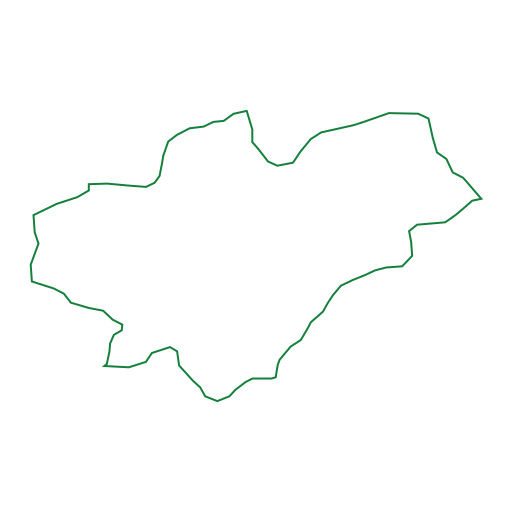 outline of Tierp, Uppsala, Sweden
{"feature_id": "70781695B92369389474001", "entity_name": "Tierp", "entity_type": "district", "adm_level": 2, "iso_a3": "SWE", "parent_name": "Sweden", "parent_adm1": "Uppsala", "projection": "equal_earth", "projection_center": [17.629, 60.367], "detail": "fine", "context": "isolated", "style": "outline", "palette": "green", "viewbox_px": 512, "rotation_deg": 0, "n_neighbors": 0, "source": "geoboundaries", "source_scale": "gbopen_adm2", "svg_char_len": 1301}
<svg xmlns="http://www.w3.org/2000/svg" viewBox="0 0 512 512"><path d="M31.9,281.5L53.6,288.4L63.9,293.7L70.9,302.7L88.9,308.0L103.1,310.7L112.7,319.7L122.3,324.6L121.7,330.3L113.9,334.8L110.1,343.5L109.4,351.9L106.8,364.0L104.4,366.0L128.8,367.3L145.9,361.9L151.9,353.0L170.0,347.1L177.1,351.3L179.1,365.5L186.1,373.2L193.1,380.9L200.2,387.4L205.2,396.3L217.3,401.1L229.4,396.3L235.4,389.8L245.5,382.1L252.5,378.5L271.6,378.5L275.7,377.3L276.6,371.7L277.7,364.9L279.7,359.6L290.7,346.5L300.8,340.0L307.8,328.2L310.8,322.3L322.9,311.7L327.9,302.8L332.9,295.2L340.9,285.7L353.0,279.9L365.0,275.1L375.0,270.4L386.1,267.5L402.2,266.3L412.2,255.8L411.1,241.7L409.1,231.1L417.1,224.7L445.2,222.3L455.2,215.3L462.2,209.5L472.2,200.7L481.3,198.8L463.2,177.8L452.7,172.4L446.4,159.0L437.0,152.4L432.8,137.9L428.5,118.5L418.1,113.7L388.9,113.1L364.9,121.5L353.5,125.2L321.2,132.4L310.7,139.1L300.3,151.8L293.0,162.7L277.4,165.7L268.0,161.5L258.6,149.3L252.3,142.1L252.3,129.4L246.7,110.9L233.5,113.8L223.7,120.9L213.4,121.9L203.6,126.6L189.6,128.3L176.9,134.9L168.2,141.6L163.3,155.6L162.1,162.8L159.6,175.9L154.6,182.8L146.0,186.9L130.0,185.7L107.0,183.6L88.8,184.2L88.8,190.5L77.2,197.2L56.6,203.9L33.5,215.1L34.7,232.4L38.5,243.6L30.7,264.7L31.9,281.5Z" fill="none" stroke="#15803d" stroke-width="2"/></svg>